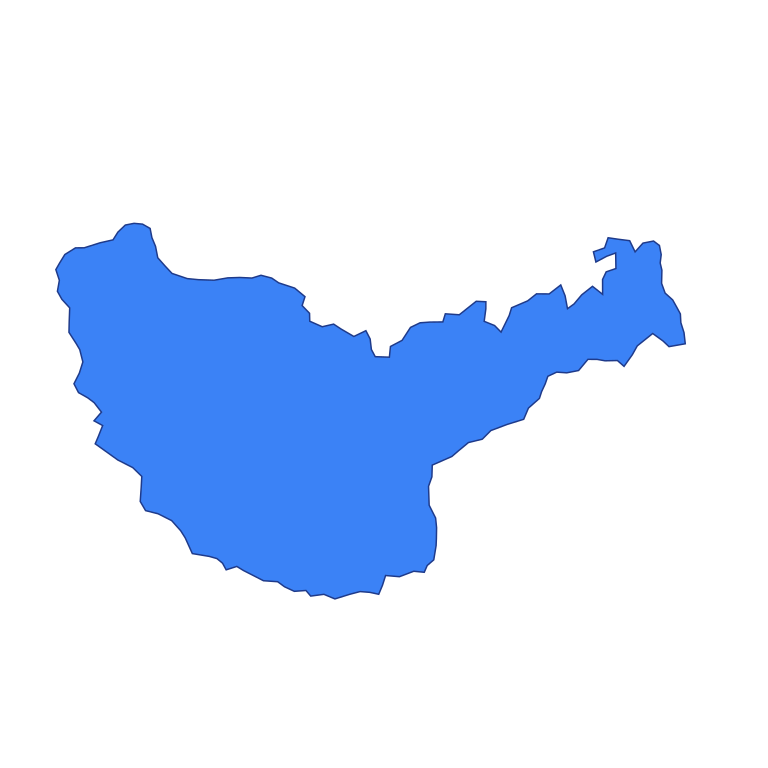 Enéas Marques, Paraná, Brazil (Natural Earth projection), rotated 79°
{"feature_id": "56859067B67045600360452", "entity_name": "Enéas Marques", "entity_type": "district", "adm_level": 2, "iso_a3": "BRA", "parent_name": "Brazil", "parent_adm1": "Paraná", "projection": "natural_earth1", "projection_center": [-53.161, -25.883], "detail": "fine", "context": "isolated", "style": "filled", "palette": "blue", "viewbox_px": 768, "rotation_deg": 79, "n_neighbors": 0, "source": "geoboundaries", "source_scale": "gbopen_adm2", "svg_char_len": 2351}
<svg xmlns="http://www.w3.org/2000/svg" viewBox="0 0 768 768"><g transform="rotate(79 384 384)"><path d="M402.0,80.6L390.8,79.7L380.4,80.9L371.8,79.7L364.4,82.0L356.5,84.6L348.4,90.7L338.2,92.3L325.3,89.5L317.9,89.8L309.9,87.2L300.6,87.2L295.1,92.1L295.1,102.9L302.2,112.3L290.2,115.5L286.5,126.7L283.2,136.1L292.5,141.5L294.2,153.2L304.7,152.7L301.1,141.0L299.6,131.6L314.9,134.3L316.3,144.5L323.1,149.5L337.7,152.3L327.9,160.7L334.2,172.9L341.7,182.2L345.1,189.5L332.0,189.4L320.5,191.6L327.1,204.7L324.6,217.1L329.8,227.1L333.5,244.2L340.6,248.0L355.4,259.2L347.7,264.3L341.6,273.7L329.7,269.7L322.7,268.3L320.4,277.7L325.6,287.7L330.4,296.9L326.8,310.4L334.3,314.4L332.0,327.0L330.8,336.9L333.5,347.2L344.6,357.9L348.4,370.5L358.7,373.6L355.5,387.4L347.7,389.8L337.2,389.0L328.2,391.6L331.6,404.5L321.8,415.7L315.6,422.0L316.0,433.7L308.2,444.9L300.4,443.6L291.4,449.4L283.2,444.9L272.8,453.4L264.6,468.1L258.6,474.0L253.8,484.0L254.8,493.4L251.9,505.3L250.0,517.2L249.7,531.0L246.2,546.2L243.0,557.0L235.0,571.0L225.9,576.7L216.9,582.0L205.3,582.0L196.0,583.9L186.7,583.9L181.0,590.5L178.6,598.7L178.6,607.6L184.1,616.2L190.8,622.5L191.2,635.7L193.1,652.3L191.5,660.9L196.0,672.6L203.4,679.4L209.1,684.3L220.3,682.9L230.7,686.9L239.3,684.1L249.3,678.0L263.1,681.2L273.2,683.4L285.7,678.4L292.2,676.1L304.9,675.4L315.2,681.0L324.6,688.3L334.2,685.5L341.0,677.5L347.0,672.1L357.7,666.7L364.8,675.7L371.1,668.1L380.8,674.3L387.6,678.9L407.9,659.7L418.1,646.6L428.5,639.4L438.9,642.0L452.8,645.7L462.8,642.2L468.3,630.5L477.6,618.5L489.2,611.6L497.1,608.5L513.9,604.5L519.9,588.4L523.5,581.3L529.1,576.7L536.3,574.4L535.0,563.3L540.3,557.5L546.3,549.8L554.1,539.9L557.8,526.1L564.1,520.3L570.4,511.6L571.8,500.0L578.2,496.4L579.0,483.1L585.6,473.2L583.9,457.8L583.2,447.1L585.8,437.7L589.4,429.3L581.3,423.9L572.3,419.0L576.1,405.6L573.5,390.5L576.5,380.4L570.4,376.2L566.1,368.7L552.6,363.7L545.9,362.1L535.1,359.8L525.4,358.9L511.6,362.8L492.9,359.8L484.3,354.7L472.8,352.1L468.1,331.2L463.6,323.3L457.6,312.3L456.9,298.0L450.1,288.0L447.2,270.9L445.3,253.6L435.2,246.8L427.8,234.2L421.5,230.7L414.6,225.7L407.7,221.7L405.3,212.2L407.9,202.5L407.9,190.4L398.7,179.1L400.5,170.1L403.4,162.6L405.5,150.4L412.5,145.0L402.7,134.7L394.9,128.1L385.7,110.6L394.9,102.0L401.7,97.1L402.0,80.6Z" fill="#3b82f6" stroke="#1e3a8a" stroke-width="1.5"/></g></svg>